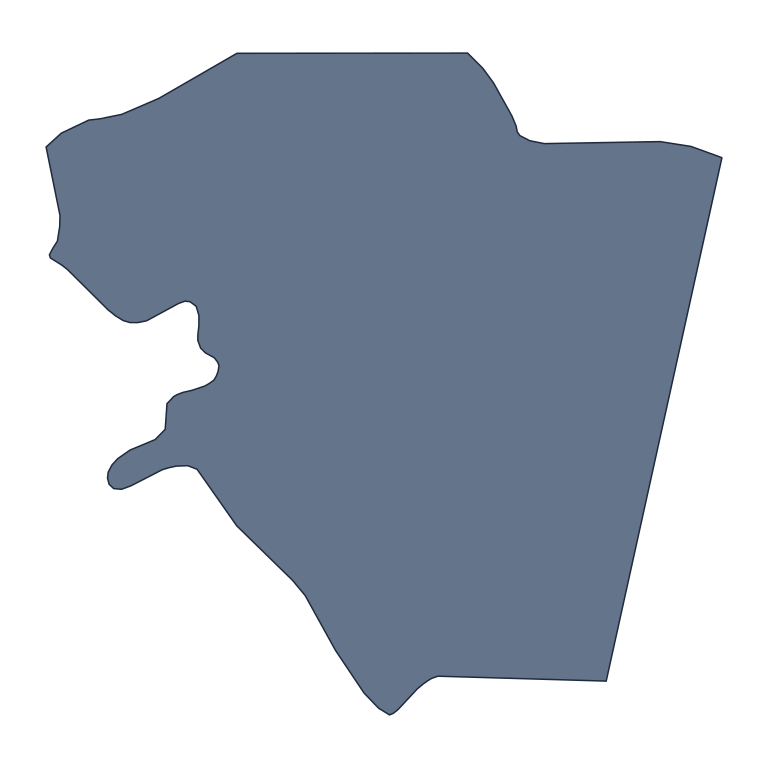 the District of Salima
{"feature_id": "MWI-1914", "entity_name": "Salima", "entity_type": "District", "adm_level": 1, "iso_a3": "MWI", "parent_name": "Malawi", "parent_adm1": "", "projection": "mercator", "projection_center": [34.346, -13.759], "detail": "fine", "context": "isolated", "style": "filled", "palette": "slate", "viewbox_px": 768, "rotation_deg": 0, "n_neighbors": 0, "source": "natural_earth", "source_scale": "10m", "svg_char_len": 1217}
<svg xmlns="http://www.w3.org/2000/svg" viewBox="0 0 768 768"><path d="M467.6,53.1L483.0,68.5L493.6,83.0L511.9,115.9L516.2,126.2L517.2,131.8L519.9,135.6L529.7,140.7L544.3,143.6L660.0,141.6L690.9,146.4L721.2,157.4L721.9,157.9L606.2,681.1L437.9,676.2L431.6,678.4L427.8,680.7L422.9,684.2L417.3,688.9L398.2,709.4L393.4,713.3L389.5,714.9L378.7,708.3L364.1,693.1L335.5,650.4L305.2,595.6L292.6,580.4L236.8,525.9L197.1,469.3L187.8,465.7L176.4,466.1L169.4,467.6L162.3,469.7L131.0,485.8L121.6,489.3L113.7,488.6L109.1,484.3L107.5,478.0L108.2,472.1L112.0,464.9L117.9,458.5L130.1,450.0L155.1,439.6L165.2,429.3L167.0,403.6L170.8,399.7L171.8,398.5L173.5,396.7L177.1,394.6L182.9,392.4L191.7,390.4L204.8,386.0L209.2,383.5L213.8,380.2L216.2,376.3L218.0,371.7L219.0,365.7L217.7,362.2L214.2,357.7L205.7,353.1L200.6,348.1L197.8,340.3L197.9,334.5L198.9,325.6L198.9,315.5L196.2,306.3L190.0,301.7L184.9,301.2L178.7,303.4L146.6,320.8L137.8,322.6L130.1,322.6L123.3,320.6L115.7,316.0L108.1,309.9L67.4,269.5L61.5,264.9L50.4,258.0L49.4,254.8L52.8,248.3L57.4,241.1L59.7,226.5L60.0,215.6L46.1,147.0L61.4,133.1L88.7,120.1L99.4,118.9L121.6,114.4L158.8,98.4L236.9,53.3L467.6,53.1L467.6,53.1Z" fill="#64748b" stroke="#1e293b" stroke-width="1.5"/></svg>